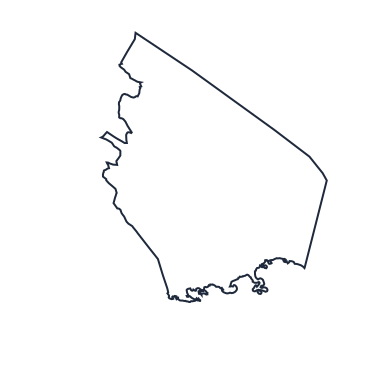 the district of Agig, Red Sea, Sudan, rotated 124°
{"feature_id": "16777658B73946128996237", "entity_name": "Agig", "entity_type": "district", "adm_level": 2, "iso_a3": "SDN", "parent_name": "Sudan", "parent_adm1": "Red Sea", "projection": "equal_earth", "projection_center": [38.237, 17.867], "detail": "fine", "context": "isolated", "style": "outline", "palette": "slate", "viewbox_px": 384, "rotation_deg": 124, "n_neighbors": 0, "source": "geoboundaries", "source_scale": "gbopen_adm2", "svg_char_len": 5978}
<svg xmlns="http://www.w3.org/2000/svg" viewBox="0 0 384 384"><g transform="rotate(124 192 192)"><path d="M91.6,327.8L97.2,324.9L112.4,324.1L124.1,323.2L124.9,321.8L125.9,322.8L126.6,322.8L127.1,323.3L128.0,322.5L128.4,320.8L128.5,317.0L128.7,316.2L129.5,314.3L129.5,310.0L130.0,309.4L132.1,306.7L131.8,305.9L131.6,303.8L131.5,302.6L131.3,301.1L131.3,299.9L131.0,298.6L129.7,295.6L130.4,296.0L131.0,295.8L131.6,295.2L132.9,293.1L134.2,294.0L134.9,292.9L136.3,292.7L139.5,291.0L143.1,290.5L143.5,291.5L144.0,291.9L144.5,292.2L145.2,292.3L146.4,293.3L147.1,295.1L147.3,295.9L147.5,300.1L148.1,301.3L148.2,302.2L148.6,303.0L150.4,304.0L152.1,303.9L153.7,303.6L154.7,303.3L156.4,302.6L158.3,302.7L160.0,301.8L161.5,300.3L164.4,298.4L166.3,297.7L167.2,297.2L168.8,295.4L170.9,294.1L170.9,292.7L170.2,291.5L170.0,289.6L170.9,286.5L173.2,282.4L176.3,275.3L177.1,275.4L177.5,277.1L178.2,278.4L179.0,278.8L180.5,278.7L181.5,278.5L182.9,277.5L185.7,275.4L187.8,273.4L189.0,275.1L189.1,275.9L189.2,278.6L189.5,282.0L189.7,284.8L189.8,288.2L189.8,296.0L192.4,296.4L195.2,296.7L196.4,297.1L197.6,297.8L196.8,294.2L196.4,292.6L196.2,290.1L196.0,286.2L196.4,285.0L197.6,282.2L197.6,280.7L197.4,279.4L197.6,276.4L197.8,274.8L198.2,274.2L201.9,271.8L204.8,271.8L208.5,272.0L209.3,271.5L210.1,270.5L211.4,269.2L211.8,270.0L213.4,272.7L214.3,276.1L214.6,278.1L215.2,279.2L215.7,278.4L216.5,276.6L218.7,274.1L219.4,274.8L220.5,275.4L221.4,275.7L223.5,277.0L224.2,276.7L224.8,276.3L225.8,276.2L227.5,275.5L229.0,274.4L229.3,270.3L230.3,269.6L231.2,266.0L231.6,262.0L232.2,257.2L234.9,253.9L235.5,253.9L237.2,253.3L239.5,252.7L245.1,250.8L247.4,244.7L246.8,243.7L246.6,242.8L246.9,241.1L247.6,240.3L248.8,238.7L249.5,237.0L250.3,234.5L253.1,229.9L253.8,227.1L253.7,222.4L254.4,220.6L255.1,218.2L255.9,215.6L256.6,213.8L262.5,195.7L266.6,182.8L277.3,169.6L285.7,158.6L288.5,155.6L289.6,155.7L289.8,155.7L289.6,155.7L288.6,155.6L289.8,155.7L290.4,153.8L290.9,153.0L291.6,152.6L292.3,152.5L292.8,151.5L292.7,150.8L292.2,148.9L291.1,147.9L290.6,148.6L290.5,149.3L289.9,149.7L289.2,149.5L288.5,148.0L287.8,148.1L287.4,147.2L287.9,146.9L287.4,146.2L288.0,145.6L288.5,145.7L289.1,145.4L289.4,145.0L288.8,144.9L287.7,144.9L287.4,144.5L287.8,144.3L288.2,143.8L288.7,144.5L288.6,141.2L288.1,140.3L287.4,139.4L287.0,138.4L286.7,137.5L285.8,136.4L285.9,135.7L285.3,134.7L285.0,133.8L284.8,132.9L284.3,132.1L283.0,131.7L282.5,130.7L281.8,130.0L281.2,129.3L280.4,128.6L279.6,128.2L278.8,128.0L278.6,127.5L278.8,126.8L278.2,125.9L278.1,125.0L277.7,124.4L277.1,124.7L277.0,126.5L276.7,127.0L277.8,127.2L277.5,128.7L278.4,128.6L279.6,129.8L279.9,132.8L279.6,135.6L281.0,136.5L281.6,137.4L281.1,138.3L279.8,137.2L279.3,137.9L278.3,139.7L276.3,141.6L275.2,141.5L274.0,140.7L272.9,139.5L273.8,138.1L273.8,136.7L272.9,136.1L272.1,136.3L272.1,134.1L271.5,133.6L270.9,133.8L269.8,134.3L268.5,133.5L267.9,132.4L268.0,130.0L267.7,128.8L266.9,127.9L267.1,127.3L267.8,127.2L268.7,128.4L269.3,129.0L270.1,129.0L270.1,129.8L269.4,129.8L269.5,130.4L270.7,131.0L271.4,130.4L272.5,129.1L271.6,127.9L272.0,126.6L271.4,127.1L270.7,126.8L270.0,126.1L269.3,125.4L269.1,124.2L269.0,122.8L268.4,122.2L267.9,123.3L267.5,123.4L267.2,121.8L266.9,124.0L266.5,125.1L266.5,127.1L265.7,127.7L265.1,128.1L264.1,128.5L263.2,127.8L262.8,126.6L261.9,125.9L260.7,125.7L260.2,125.4L260.0,126.8L259.9,125.6L259.5,124.9L258.5,125.2L257.9,124.2L257.6,123.4L257.1,123.2L256.9,122.0L256.8,120.4L257.1,118.9L256.5,118.2L255.7,116.9L255.5,116.2L255.8,115.4L255.8,114.8L255.6,114.1L254.8,113.7L255.6,111.5L256.0,111.7L256.6,112.3L257.1,111.7L257.3,110.9L257.4,110.0L257.3,109.0L257.0,107.8L256.6,106.4L255.5,105.1L254.2,104.2L253.7,102.6L252.5,101.4L250.8,100.5L249.3,100.2L248.2,100.2L247.3,100.5L246.5,101.1L245.9,101.9L245.5,102.9L245.3,103.9L245.4,104.6L245.8,105.2L247.5,105.2L247.7,105.8L248.1,106.8L249.0,107.4L249.2,107.7L248.3,107.8L247.2,108.1L246.4,108.5L245.1,108.8L244.3,109.0L242.8,108.2L241.1,107.0L239.4,106.0L238.7,105.3L237.8,105.3L237.1,105.6L236.6,105.0L235.7,104.7L235.4,104.9L235.1,104.3L234.5,103.4L234.0,103.1L233.7,102.7L233.3,102.7L233.1,102.3L232.5,101.9L231.7,101.1L230.8,100.7L229.7,100.1L229.4,98.8L229.6,97.9L229.9,96.8L230.0,96.3L229.9,95.4L230.4,95.1L230.7,94.4L231.1,92.8L231.6,91.9L232.4,91.6L232.4,90.4L232.2,89.3L231.2,87.7L230.2,86.8L229.5,86.5L229.2,86.0L229.5,85.2L230.4,84.9L231.8,84.9L234.2,85.2L234.1,85.4L233.7,86.1L233.6,86.9L234.1,87.2L235.5,87.2L236.5,87.0L238.6,87.3L239.7,86.4L239.6,85.0L239.1,84.2L238.1,83.7L237.3,83.4L236.4,82.6L236.7,82.5L237.1,82.2L237.8,81.9L238.4,81.5L238.9,79.7L238.3,78.3L237.5,77.9L236.4,78.2L235.8,79.1L236.0,80.7L236.2,81.8L235.4,81.1L234.6,79.5L234.2,78.3L234.0,77.5L233.8,76.4L233.5,75.2L232.3,74.3L231.0,74.6L230.5,75.2L230.0,76.4L230.3,78.1L231.0,79.4L232.3,80.3L232.7,81.0L232.6,81.9L231.0,82.1L230.1,81.0L228.7,80.5L227.8,80.7L226.9,81.7L225.2,84.0L225.0,85.8L225.3,87.0L226.2,87.8L227.5,88.3L227.6,88.9L227.3,90.9L226.7,92.1L225.2,93.6L222.7,95.4L221.8,95.4L221.4,95.1L220.6,95.5L219.5,95.6L218.7,95.6L217.8,94.6L217.0,94.0L216.1,94.0L215.3,94.4L215.4,93.5L215.0,92.8L215.2,92.0L214.8,91.3L214.5,91.1L213.7,90.9L214.1,90.1L214.3,89.3L213.7,87.8L212.6,87.8L211.8,88.4L211.6,89.9L212.0,90.5L212.6,91.2L212.9,91.9L213.8,93.2L213.7,93.5L213.4,93.9L212.8,93.8L211.4,92.8L210.5,92.5L209.6,92.4L208.5,92.4L207.9,93.1L207.6,93.2L206.6,91.9L206.7,91.5L207.0,90.9L206.7,90.4L207.3,90.0L208.1,88.9L208.4,87.8L207.5,86.8L206.6,86.2L206.0,86.8L205.6,88.8L205.4,89.3L204.7,88.8L204.0,88.1L203.0,86.8L201.5,86.1L199.9,85.0L199.5,84.8L199.1,83.7L197.8,82.3L197.5,81.4L197.0,80.1L196.4,78.7L195.7,77.9L195.7,76.6L195.8,76.3L196.0,76.6L196.1,77.7L196.5,78.3L197.2,78.5L197.8,77.8L198.3,76.4L197.4,74.4L197.2,74.7L196.9,74.0L197.0,73.4L197.5,72.7L196.0,72.2L194.7,72.5L193.6,70.6L193.1,68.6L194.1,66.7L193.0,64.8L192.5,63.2L191.8,60.5L191.8,57.9L192.2,56.2L191.7,56.3L107.1,86.7L103.3,94.2L97.0,114.4L94.5,158.1L91.2,259.9L91.6,327.8Z" fill="none" stroke="#1e293b" stroke-width="2"/></g></svg>